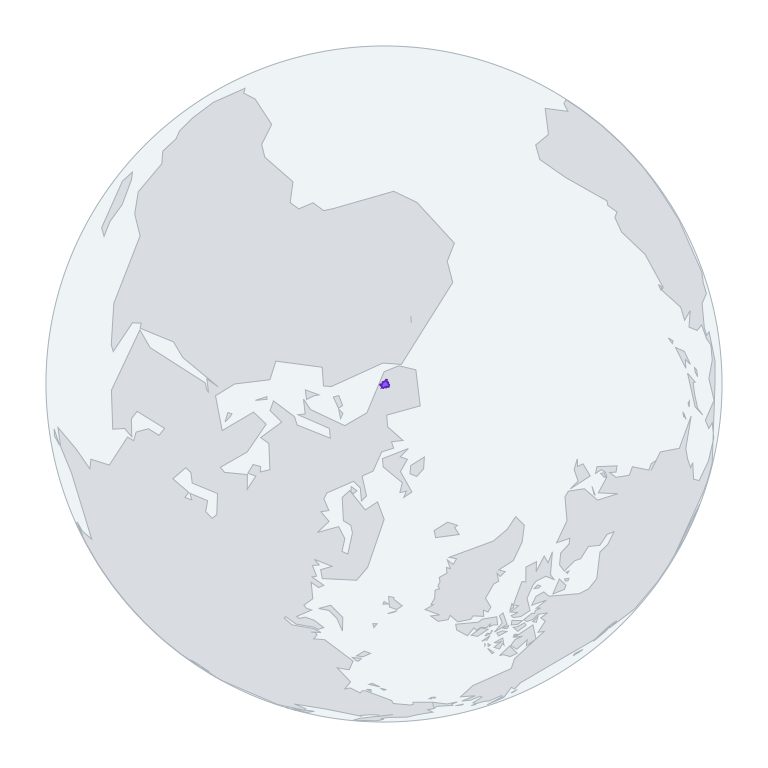 the Earth from above Albacete, rotated 172°
{"feature_id": "ESP-5802", "entity_name": "Albacete", "entity_type": "Autonomous Community", "adm_level": 1, "iso_a3": "ESP", "parent_name": "Spain", "parent_adm1": "", "projection": "orthographic", "projection_center": [-1.774, 38.723], "detail": "fine", "context": "on_globe", "style": "filled", "palette": "violet", "viewbox_px": 768, "rotation_deg": 172, "n_neighbors": 0, "source": "natural_earth", "source_scale": "10m", "svg_char_len": 11366}
<svg xmlns="http://www.w3.org/2000/svg" viewBox="0 0 768 768"><g transform="rotate(172 384 384)"><circle cx="384" cy="384" r="338" fill="#eef3f6" stroke="#a8b0b8"/><path d="M96.8,562.0L88.3,546.4L81.5,532.7L69.4,506.2L53.7,450.6L53.8,440.1L52.2,428.6L57.8,419.6L59.0,395.0L57.7,387.3L54.8,390.5L53.0,360.7L56.1,338.7L69.9,260.5L75.4,246.9L82.0,234.0L119.6,174.9L88.0,221.3L96.4,206.7L109.2,187.4L109.6,187.2L128.4,163.9L140.4,150.3L167.0,126.5L194.9,110.9L186.4,117.2L194.1,113.5L205.2,105.8L210.6,101.8L252.0,85.0L290.5,69.1L297.2,63.8L300.0,65.9L309.1,56.9L326.5,52.0L310.1,58.0L311.0,59.1L324.5,55.4L328.3,55.9L337.0,54.7L340.3,55.9L330.5,60.3L332.4,61.4L341.8,58.9L351.1,59.2L337.0,62.6L351.7,63.6L338.0,73.0L297.6,84.5L293.1,93.6L259.8,116.7L266.0,116.7L257.3,126.7L261.2,130.6L253.9,134.6L263.4,134.5L269.3,130.2L275.4,128.9L278.3,131.2L269.5,136.3L266.8,135.9L265.7,138.6L260.0,140.4L264.4,140.8L253.4,147.3L268.5,144.4L263.1,152.5L254.7,155.9L250.3,150.9L219.8,149.2L209.9,152.6L200.4,161.6L193.5,187.6L184.8,193.9L176.8,205.7L184.0,204.0L192.8,194.2L204.2,194.7L213.6,183.6L219.6,182.5L231.5,173.7L235.3,180.4L232.6,191.9L223.0,199.8L221.5,205.4L235.2,202.7L221.8,223.1L220.5,247.0L216.4,252.2L200.2,252.4L188.7,239.3L167.7,242.8L186.9,246.4L176.3,260.7L176.9,265.8L180.8,268.9L187.0,266.0L184.6,272.5L164.6,270.5L166.5,264.5L172.8,264.9L167.3,259.3L153.8,259.5L149.5,267.5L133.7,261.9L130.4,267.9L125.1,270.5L131.4,261.2L119.8,278.3L100.5,279.2L84.3,309.5L94.1,278.1L93.8,267.7L92.0,258.5L89.2,263.2L90.7,246.7L85.4,244.5L73.4,262.6L65.0,284.5L64.3,300.0L68.6,294.7L70.8,303.4L59.4,321.9L61.5,344.2L55.6,362.0L54.9,377.5L58.3,384.0L61.2,398.3L66.6,393.5L74.0,397.9L70.6,414.1L77.4,405.3L79.5,418.8L96.1,438.5L94.0,440.6L107.4,476.0L127.6,501.5L132.2,516.8L129.3,521.9L137.5,529.7L137.7,534.3L175.3,563.1L198.5,584.7L200.5,599.6L186.4,608.2L186.0,634.5L164.0,628.4L166.8,636.7L164.2,640.2L149.7,627.5L153.3,630.9L132.4,609.6L113.5,586.6L96.8,562.0ZM79.1,318.2L81.9,352.5L75.6,342.6L77.7,342.3L77.9,331.4L76.8,316.3L72.7,308.9L79.1,318.2ZM90.7,311.6L89.8,307.0L91.3,310.4L90.7,311.6ZM212.4,100.1L205.0,105.7L193.6,112.9L199.3,108.0L212.4,100.1ZM234.6,88.5L232.2,90.8L223.9,93.5L227.9,91.3L234.6,88.5ZM301.2,60.5L294.5,62.9L299.7,60.5L301.2,60.5ZM337.6,54.4L338.3,53.7L342.5,53.4L337.6,54.4ZM228.6,170.8L229.9,172.3L227.0,173.1L228.6,170.8ZM232.4,165.8L228.0,165.8L229.2,163.5L231.8,163.5L232.4,165.8ZM351.4,55.3L358.0,55.5L349.6,56.0L351.4,55.3ZM237.5,166.5L231.8,159.4L233.9,155.5L245.9,152.6L237.5,166.5ZM360.7,56.2L376.6,57.5L379.6,55.7L380.2,62.1L366.4,58.4L355.7,59.0L361.4,57.5L360.7,56.2ZM269.9,128.0L263.8,132.6L266.3,126.8L269.9,128.0ZM270.0,124.7L269.0,110.2L279.5,105.1L277.7,110.7L289.3,102.9L295.0,107.3L289.9,112.6L282.0,115.0L290.2,115.0L270.0,124.7ZM378.1,65.8L380.5,67.1L376.1,66.6L378.1,65.8ZM278.1,128.0L276.9,125.3L286.0,120.5L289.9,125.1L285.7,125.1L278.1,128.0ZM289.5,98.9L297.0,96.5L303.6,99.4L307.4,98.9L296.0,107.0L289.5,98.9ZM285.1,127.4L291.7,127.7L290.1,132.1L279.8,130.4L285.1,127.4ZM286.7,117.5L291.1,115.5L289.9,118.0L286.7,117.5ZM287.9,148.8L286.3,145.1L290.8,142.2L287.9,148.8ZM294.3,127.5L294.8,126.0L296.5,124.6L300.4,125.8L294.3,127.5ZM301.5,108.7L302.7,110.6L306.5,105.5L311.6,107.9L303.1,113.0L308.9,111.8L310.5,112.6L301.8,116.0L301.5,108.7ZM309.2,122.9L300.1,131.0L302.0,138.2L298.0,140.8L295.6,128.9L309.2,122.9ZM305.6,118.5L306.9,121.7L301.2,123.1L296.8,121.8L305.6,118.5ZM318.2,107.8L312.5,102.8L314.6,101.9L318.2,107.8ZM310.9,124.6L313.0,122.7L311.7,124.9L310.9,124.6ZM317.2,112.5L314.9,110.7L317.3,109.7L317.2,112.5ZM319.2,120.4L316.3,122.9L313.2,122.0L319.2,120.4ZM319.2,116.6L323.1,115.6L313.9,120.1L317.8,115.9L319.2,116.6ZM319.8,111.8L320.5,110.7L320.4,112.7L319.8,111.8ZM332.6,123.1L321.8,129.0L315.0,126.6L326.5,121.1L332.6,123.1ZM596.2,121.0L597.8,122.4L591.8,117.8L605.0,129.3L597.0,123.3L611.2,135.9L614.7,138.1L606.0,129.5L621.7,144.0L622.5,144.6L639.2,162.5L654.5,181.5L668.4,201.6L680.9,222.6L691.8,244.5L701.0,267.1L708.7,290.3L703.4,275.8L707.0,290.1L703.2,280.3L695.1,271.1L698.3,291.7L705.9,339.7L712.9,366.9L712.9,386.3L698.2,362.9L687.1,340.9L684.7,350.3L667.3,341.9L645.4,367.1L639.8,362.7L636.2,370.9L623.5,372.5L613.9,364.4L607.4,370.6L632.3,391.3L639.0,384.7L641.1,366.8L647.1,376.1L658.9,377.0L654.8,415.7L618.2,471.5L610.5,452.5L561.0,410.1L560.1,402.4L559.8,401.7L558.9,400.5L558.7,413.7L548.7,404.4L579.6,438.3L586.6,455.0L617.8,473.2L615.9,478.0L624.6,479.6L647.6,453.8L648.6,460.9L640.3,501.5L604.9,564.6L607.2,587.0L600.7,608.4L573.4,633.0L570.6,645.4L555.8,655.7L551.4,662.9L536.5,674.1L513.7,686.7L480.4,696.2L482.4,691.5L471.9,684.0L459.1,656.6L471.8,638.3L470.5,625.2L446.0,596.9L451.7,576.7L444.1,569.3L429.0,573.3L419.7,564.1L410.2,564.7L347.6,573.5L326.1,559.2L294.7,513.6L304.3,496.7L301.8,475.0L364.1,401.0L382.1,404.9L436.6,388.8L444.2,390.5L442.9,409.2L487.9,421.7L496.4,404.1L532.0,404.8L552.5,395.8L550.7,360.4L517.1,374.3L506.3,360.6L529.0,335.7L557.6,324.3L554.2,318.7L531.9,313.3L534.1,298.8L523.7,310.6L531.2,314.6L524.8,322.5L517.6,319.4L518.7,314.1L508.9,315.0L506.3,341.2L513.6,348.1L490.5,360.5L500.5,373.6L495.8,382.6L477.2,364.1L475.7,355.5L444.7,337.8L444.2,347.6L473.4,365.5L466.2,365.4L465.8,380.3L460.4,369.0L428.7,348.2L405.0,357.8L382.2,396.1L366.8,400.0L350.5,393.6L351.2,357.3L385.7,352.8L386.4,341.1L373.0,325.4L384.6,325.8L383.4,319.2L395.8,317.0L406.9,299.3L418.5,295.8L416.9,275.6L422.6,271.3L421.9,284.3L427.7,291.9L455.8,284.0L459.5,278.6L456.2,266.4L464.3,266.3L457.5,255.6L470.7,246.2L448.8,249.1L444.3,236.3L448.9,224.0L443.5,220.6L436.0,240.8L436.5,248.6L443.2,254.2L441.2,277.5L432.8,283.3L420.1,261.9L406.8,268.2L402.7,249.9L425.7,204.7L438.4,193.5L472.1,199.9L472.6,208.9L460.8,210.7L477.3,220.0L473.3,213.9L480.1,214.2L477.5,203.1L482.1,202.9L471.6,193.0L477.1,191.5L483.7,197.8L484.4,181.3L494.1,176.2L492.0,172.6L487.1,170.3L502.7,166.0L500.5,163.7L494.5,164.1L486.2,159.9L477.6,151.2L483.5,150.1L487.4,153.1L504.4,158.4L513.8,167.3L515.4,166.1L508.5,158.2L487.8,151.6L481.0,146.7L490.8,148.5L486.7,147.5L485.2,144.8L489.1,141.4L478.3,139.0L453.2,113.9L458.3,105.8L469.9,109.5L458.6,93.7L465.2,87.5L459.7,87.7L450.6,81.4L448.4,83.1L445.0,82.8L420.5,69.5L419.3,66.3L402.5,62.4L399.6,62.8L399.6,64.8L380.2,62.1L379.6,55.7L386.1,55.2L381.3,52.3L396.7,51.9L407.3,50.9L427.0,53.3L433.6,53.0L430.9,52.0L438.0,51.5L461.7,55.3L454.3,56.3L421.0,55.4L435.6,55.6L435.8,57.1L443.2,58.4L453.2,59.0L452.2,58.0L486.2,70.0L517.3,79.6L506.6,73.2L508.1,72.0L534.1,81.5L585.0,112.4L586.0,113.1L596.2,121.0ZM348.4,440.7L348.1,447.5L348.4,440.7ZM592.0,328.7L606.3,319.5L592.5,303.9L596.9,299.3L590.5,296.0L591.4,302.8L574.9,292.9L578.4,282.5L572.9,274.9L567.8,277.8L564.1,298.7L587.7,312.6L587.5,323.2L592.0,328.7ZM96.8,438.9L98.4,444.4L95.4,441.3L96.8,438.9ZM72.4,347.5L74.1,352.3L74.2,357.0L72.4,354.5L72.4,347.5ZM92.8,383.9L96.0,390.1L91.7,386.4L92.8,383.9ZM82.9,357.5L90.2,379.6L82.0,374.4L77.8,360.8L82.1,366.3L82.9,357.5ZM85.0,318.8L85.6,322.7L83.8,324.8L85.0,318.8ZM91.8,314.2L91.2,313.4L91.9,309.6L91.8,314.2ZM177.5,260.7L179.0,261.1L181.9,265.3L178.4,265.5L177.5,260.7ZM207.6,272.7L203.0,283.0L203.8,275.4L198.0,277.2L192.6,264.2L214.1,254.2L205.3,260.8L207.6,272.7ZM191.3,245.2L192.3,253.8L190.4,244.8L191.3,245.2ZM364.5,287.9L370.7,291.5L369.0,299.4L354.2,306.1L356.6,294.5L364.5,287.9ZM379.9,295.0L371.4,273.2L380.2,268.9L376.7,274.8L383.4,274.2L379.6,283.8L396.3,301.9L395.9,310.3L368.9,316.7L378.0,309.6L371.3,306.2L379.9,295.0ZM334.1,232.1L330.5,224.5L354.2,224.7L354.8,231.8L340.2,238.3L330.9,233.8L334.1,232.1ZM259.8,163.6L256.9,162.1L259.3,160.5L263.8,160.5L259.8,163.6ZM286.7,147.3L275.0,169.1L271.1,168.3L268.9,183.0L257.7,186.8L259.5,176.9L249.3,191.4L246.4,184.1L240.6,194.4L245.7,172.0L242.8,166.7L250.4,171.1L260.7,167.6L264.3,164.4L272.2,151.9L270.9,139.4L280.9,134.7L288.4,134.7L290.3,136.9L283.1,139.1L290.7,140.6L281.8,145.6L286.7,147.3ZM370.0,147.8L361.0,147.6L374.7,154.9L365.9,158.5L368.1,159.1L363.7,164.7L362.1,172.7L357.4,173.5L358.8,176.4L356.0,180.4L356.3,184.7L348.0,187.9L347.7,193.6L343.9,191.9L345.8,201.0L340.6,195.7L336.4,200.9L343.6,203.3L297.5,213.3L282.2,222.9L272.1,234.3L264.7,224.6L269.2,208.3L280.5,191.2L296.3,183.9L290.1,181.3L295.8,177.2L298.4,180.9L297.9,172.8L303.3,170.6L313.3,157.7L309.2,148.2L312.8,143.7L317.1,146.3L317.6,140.0L328.1,142.0L330.9,138.9L344.1,138.2L350.7,145.7L353.3,141.7L363.5,141.5L370.0,147.8ZM336.4,123.1L346.3,130.3L346.4,136.1L323.5,135.0L319.5,137.5L304.8,137.8L305.0,129.6L309.2,130.2L313.3,128.9L311.6,132.0L316.0,128.6L321.9,129.5L327.0,127.2L328.9,130.0L336.4,123.1ZM449.9,382.3L455.2,382.0L462.9,379.4L462.7,389.1L449.9,382.3ZM428.0,368.5L432.4,366.4L436.0,378.1L430.4,378.8L428.0,368.5ZM431.8,355.8L432.4,365.4L428.8,360.6L431.8,355.8ZM425.7,282.0L430.0,279.4L431.7,282.1L430.7,286.9L425.7,282.0ZM409.0,173.0L403.8,171.2L404.3,169.4L396.8,161.8L402.8,158.9L409.6,162.4L409.0,173.0ZM546.7,368.6L542.6,377.4L538.7,375.7L540.9,373.0L546.7,368.6ZM502.0,385.1L513.7,385.7L501.8,387.8L502.0,385.1ZM414.2,168.6L410.4,165.6L415.7,166.1L414.2,168.6ZM406.7,156.5L412.5,156.2L402.6,157.7L406.7,156.5ZM641.8,578.1L614.8,621.3L603.6,628.9L605.6,621.5L618.3,598.1L632.6,583.3L640.7,569.2L641.8,578.1ZM713.7,368.3L717.5,378.3L716.9,385.4L713.7,368.3ZM459.5,145.2L463.3,158.6L470.0,167.4L479.9,170.8L467.6,172.3L457.3,158.6L459.5,145.2ZM453.4,117.6L444.7,115.5L447.2,113.3L449.5,113.4L453.4,117.6ZM449.0,118.6L440.6,122.3L434.9,119.1L442.7,116.8L449.0,118.6ZM427.8,144.2L428.5,148.2L424.2,147.6L427.8,144.2ZM526.0,77.4L524.0,76.4L522.5,75.8L526.0,77.4ZM517.4,73.5L521.0,75.2L504.2,71.1L498.5,69.6L506.7,69.5L510.5,71.3L516.2,73.3L517.4,73.5ZM383.0,66.1L380.7,67.0L380.6,65.6L383.0,66.1ZM444.0,84.0L439.4,83.3L439.5,81.4L444.0,84.0ZM426.8,80.7L430.0,83.3L424.2,81.0L426.8,80.7ZM437.5,89.3L430.1,84.6L440.7,88.6L437.5,89.3Z" fill="#d9dde1" stroke="#a8b0b8" stroke-width="1"/><path d="M387.5,384.4L387.2,384.2L387.0,383.9L386.8,383.8L386.5,383.9L386.4,383.9L386.3,384.1L386.0,384.2L385.9,384.2L385.7,384.2L385.6,384.4L385.5,384.6L385.5,384.8L385.4,384.9L385.3,385.0L385.3,385.3L385.3,385.6L385.4,385.8L385.4,386.0L385.0,386.3L384.7,386.4L384.4,386.3L384.4,386.2L384.2,386.1L383.9,386.1L383.7,386.3L383.5,386.5L383.4,386.5L383.1,386.6L382.9,386.5L382.7,386.5L382.4,386.9L382.2,386.9L382.1,387.0L381.9,387.2L381.8,387.5L381.6,387.6L381.5,387.8L381.4,387.9L381.4,388.1L380.8,388.0L380.4,387.8L380.5,387.7L380.9,387.1L380.9,386.9L381.0,386.8L381.0,386.7L380.9,386.6L380.7,386.4L380.7,386.2L380.7,385.9L380.4,385.8L380.3,385.7L380.3,385.4L380.2,385.2L379.9,385.3L379.6,385.2L379.4,384.9L379.5,384.7L379.8,384.5L379.9,384.4L380.0,384.1L380.0,383.9L379.8,383.7L379.6,383.6L379.5,383.0L379.3,382.9L379.1,382.9L378.9,382.7L379.3,382.0L379.3,381.9L379.1,381.5L379.7,380.8L379.6,380.5L379.9,380.4L380.1,380.3L380.4,380.4L380.6,380.4L381.3,381.0L381.4,380.7L381.5,380.7L381.6,381.0L382.2,380.7L382.7,380.8L382.6,380.2L382.9,380.3L383.0,380.6L383.5,380.6L384.0,380.7L385.2,379.9L385.3,379.9L385.4,380.0L385.5,380.0L385.8,380.2L386.0,380.3L386.7,380.6L386.8,380.6L386.7,380.7L386.7,380.8L386.7,381.0L386.7,381.3L386.5,381.5L386.4,381.7L386.4,381.8L386.3,382.0L386.9,382.7L387.0,382.8L387.1,382.7L387.4,382.7L387.5,382.7L387.9,383.0L388.0,383.4L387.9,383.4L387.9,383.5L387.8,383.9L387.9,384.0L388.0,384.1L387.8,384.3L387.7,384.4L387.5,384.4Z" fill="#8b5cf6" stroke="#5b21b6" stroke-width="1.5"/></g></svg>